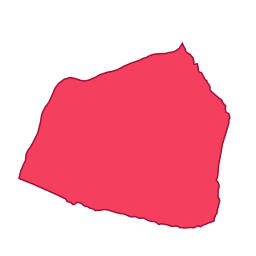 the district of Alto Paraíso, Paraná, Brazil, rotated 8°
{"feature_id": "56859067B45713063177583", "entity_name": "Alto Paraíso", "entity_type": "district", "adm_level": 2, "iso_a3": "BRA", "parent_name": "Brazil", "parent_adm1": "Paraná", "projection": "orthographic", "projection_center": [-53.797, -23.516], "detail": "fine", "context": "isolated", "style": "filled", "palette": "rose", "viewbox_px": 256, "rotation_deg": 8, "n_neighbors": 0, "source": "geoboundaries", "source_scale": "gbopen_adm2", "svg_char_len": 2231}
<svg xmlns="http://www.w3.org/2000/svg" viewBox="0 0 256 256"><g transform="rotate(8 128 128)"><path d="M177.0,218.3L179.0,218.2L181.1,218.6L183.2,219.0L184.7,219.4L186.7,218.9L189.1,218.4L190.9,218.4L193.0,219.4L195.5,219.2L197.4,219.2L199.8,218.8L202.0,218.2L204.0,217.8L207.4,217.6L208.9,216.3L211.1,215.2L213.5,215.7L214.8,214.6L217.1,212.9L218.6,212.4L220.6,210.9L223.1,210.0L224.6,208.6L226.1,208.2L226.0,205.7L226.7,203.3L227.1,201.4L228.1,199.8L227.7,198.0L228.5,192.1L228.9,187.2L228.1,185.2L226.8,184.0L226.3,179.8L225.9,176.7L226.4,174.7L226.3,172.1L224.7,169.3L222.7,167.2L223.5,163.4L223.3,157.9L222.9,152.3L223.5,139.3L223.6,135.0L223.8,130.8L225.9,117.6L227.2,109.1L226.8,106.0L227.4,103.5L225.9,99.9L222.8,98.7L221.5,95.1L221.8,92.7L217.9,89.3L216.9,87.2L214.3,86.0L212.6,84.8L210.5,83.6L207.8,81.8L205.9,80.6L203.7,78.6L203.6,76.0L201.8,73.4L200.1,72.0L199.3,69.9L197.7,69.6L196.1,67.1L194.4,64.9L193.1,63.0L190.8,62.6L189.6,61.2L189.3,59.1L187.7,54.8L185.9,55.4L184.2,55.6L184.1,53.1L183.1,51.1L182.6,49.3L181.1,48.3L179.2,46.3L176.3,45.4L174.6,44.1L173.5,41.7L171.1,38.5L170.1,36.6L167.6,42.2L165.1,44.4L162.7,46.2L158.2,47.5L155.0,48.9L145.8,50.7L143.2,51.5L141.2,52.3L138.0,54.3L136.2,55.8L134.2,56.5L130.0,59.3L121.6,63.6L120.1,64.5L115.4,67.4L110.6,70.9L108.9,72.1L107.0,72.9L105.1,73.8L99.5,75.8L92.5,79.3L89.3,81.9L83.1,85.7L79.4,87.3L74.7,87.5L69.4,86.5L63.8,86.0L58.0,88.6L53.1,93.6L50.2,98.8L48.2,106.5L46.1,113.2L45.0,115.5L43.2,118.6L41.0,125.2L40.6,128.9L40.5,135.1L39.4,144.7L38.8,147.2L36.2,154.9L33.9,160.8L32.3,163.3L30.8,168.0L31.0,174.4L29.4,179.3L28.6,182.8L27.8,185.2L27.1,193.1L31.7,194.3L41.5,196.7L66.9,204.0L73.5,206.1L76.1,206.9L77.9,209.3L81.4,209.6L83.9,211.4L85.7,211.2L87.4,208.9L89.5,208.6L92.9,209.4L94.5,210.8L96.4,211.4L98.5,211.4L101.4,212.6L104.0,213.0L105.6,213.1L106.7,214.4L109.1,213.8L112.3,213.3L114.9,212.2L117.7,211.9L120.3,212.0L122.8,212.5L125.7,213.0L128.3,213.4L130.1,213.6L133.2,213.8L135.4,213.6L137.1,213.9L140.9,215.1L143.7,215.6L146.0,215.0L148.4,214.8L150.6,215.6L152.5,215.7L155.7,214.9L157.9,215.7L160.4,216.7L164.0,217.2L166.0,217.1L168.1,217.1L170.1,218.2L172.1,219.3L174.2,218.2L177.0,218.3Z" fill="#f43f5e" stroke="#9f1239" stroke-width="1.5"/></g></svg>